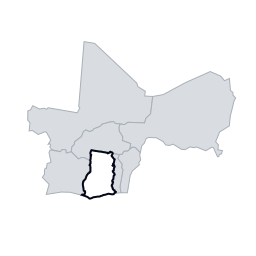 Ghana highlighted, orthographic projection, rotated 9°
{"feature_id": "GHA", "entity_name": "Ghana", "entity_type": "country or territory", "adm_level": 0, "iso_a3": "GHA", "parent_name": "Africa", "parent_adm1": "", "projection": "orthographic", "projection_center": [-1.079, 7.965], "detail": "fine", "context": "with_neighbors", "style": "outline", "palette": "ink", "viewbox_px": 256, "rotation_deg": 9, "n_neighbors": 6, "source": "natural_earth", "source_scale": "50m", "svg_char_len": 5351}
<svg xmlns="http://www.w3.org/2000/svg" viewBox="0 0 256 256"><g transform="rotate(9 128 128)"><path d="M30.8,146.4L30.4,138.2L27.7,135.9L26.4,126.7L28.9,125.4L30.4,120.9L37.7,123.1L41.9,121.6L44.7,122.2L45.9,120.5L75.5,120.9L77.3,115.6L76.0,114.6L71.1,49.6L81.8,49.6L129.6,82.2L131.4,85.7L139.3,89.0L139.5,93.8L147.5,93.0L148.1,110.5L144.2,115.6L143.6,120.4L127.0,122.4L124.2,125.1L114.7,125.5L112.8,124.0L108.7,125.1L101.8,128.3L100.3,130.7L94.5,134.1L93.5,136.1L90.3,137.6L86.7,136.5L84.6,138.4L83.4,143.7L77.4,150.0L77.5,152.6L75.4,155.8L75.9,160.3L70.9,162.4L69.8,159.1L66.3,159.7L64.9,162.0L56.0,161.3L53.8,159.0L54.2,156.8L53.3,155.8L51.7,156.6L53.6,152.1L48.2,145.0L46.7,144.7L40.3,148.4L33.9,145.4L30.8,146.4Z" fill="#d9dde1" stroke="#a8b0b8" stroke-width="1"/><path d="M137.5,192.1L131.2,193.0L129.3,187.7L129.5,170.0L128.0,168.4L127.7,164.6L122.7,159.7L123.6,155.6L126.2,154.7L127.7,151.4L131.4,150.6L135.5,146.0L138.2,146.0L144.0,150.3L143.8,152.9L145.5,157.5L144.1,160.6L144.9,162.6L139.0,169.8L137.6,174.7L137.5,192.1Z" fill="#d9dde1" stroke="#a8b0b8" stroke-width="1"/><path d="M220.4,63.2L223.3,74.8L226.1,76.6L226.5,79.0L229.6,81.5L228.5,84.8L227.2,100.2L227.7,110.1L219.1,117.6L216.7,127.8L219.9,130.6L220.2,135.5L224.8,135.5L224.3,139.1L222.3,139.7L222.2,142.1L220.9,142.3L215.5,134.1L213.7,133.9L208.3,138.3L198.5,136.0L196.5,137.1L192.1,137.0L187.9,140.4L184.2,140.7L175.0,136.9L171.6,138.8L167.8,138.8L164.9,135.9L157.4,133.2L149.4,134.2L147.5,135.9L146.5,140.4L144.4,143.5L144.0,150.3L138.2,146.0L135.5,146.0L133.0,148.3L133.1,143.0L124.4,141.3L124.2,137.6L119.9,132.6L118.9,129.1L119.5,125.4L124.2,125.1L127.0,122.4L143.6,120.4L144.2,115.6L148.1,110.5L147.5,93.0L157.6,89.5L177.5,74.3L200.4,59.4L211.6,62.3L215.9,66.2L220.4,63.2Z" fill="#d9dde1" stroke="#a8b0b8" stroke-width="1"/><path d="M123.6,155.6L122.7,159.7L127.7,164.6L128.0,168.4L129.5,170.0L129.3,187.7L131.2,193.0L125.0,194.7L121.3,187.1L120.6,183.3L122.3,176.3L120.4,173.5L119.6,161.8L116.4,157.9L117.0,155.5L123.6,155.6Z" fill="#d9dde1" stroke="#a8b0b8" stroke-width="1"/><path d="M54.5,161.9L64.9,162.0L66.3,159.7L69.8,159.1L70.9,162.4L75.9,160.3L83.9,166.2L86.6,164.3L90.2,164.1L95.3,166.1L97.3,177.0L94.1,183.5L92.0,192.2L95.3,198.9L95.0,201.9L81.2,200.5L72.1,201.7L57.7,206.4L58.9,196.0L51.1,190.1L52.8,186.7L52.1,182.9L52.5,180.7L53.7,180.7L53.7,175.8L57.3,173.9L53.8,164.5L54.5,161.9Z" fill="#d9dde1" stroke="#a8b0b8" stroke-width="1"/><path d="M75.9,160.3L75.4,155.8L77.5,152.6L77.4,150.0L83.4,143.7L84.6,138.4L86.7,136.5L90.3,137.6L93.5,136.1L94.5,134.1L100.3,130.7L101.8,128.3L108.7,125.1L112.8,124.0L114.7,125.5L119.5,125.4L118.9,129.1L119.9,132.6L124.2,137.6L124.4,141.3L133.1,143.0L133.0,148.3L131.4,150.6L127.7,151.4L126.2,154.7L123.6,155.6L113.5,154.9L111.0,156.1L94.5,155.9L95.3,166.1L90.2,164.1L86.6,164.3L83.9,166.2L75.9,160.3Z" fill="#d9dde1" stroke="#a8b0b8" stroke-width="1"/><path d="M116.3,154.7L116.8,155.2L116.9,155.5L116.7,156.5L116.4,157.2L116.1,157.8L116.2,158.1L116.4,158.5L117.1,159.0L117.5,159.3L117.9,159.8L118.5,160.3L119.3,161.0L119.7,161.1L119.6,161.5L119.5,163.9L119.4,164.5L119.4,164.8L119.3,165.7L119.2,165.9L118.9,165.9L118.9,166.1L119.4,166.4L119.3,166.5L118.9,166.6L118.8,166.9L118.8,167.2L118.6,167.5L118.8,167.7L119.0,167.7L119.7,167.3L119.9,167.2L120.3,167.3L120.8,168.0L120.9,168.3L120.6,169.3L120.4,170.1L120.4,171.2L120.6,171.8L120.6,172.2L120.3,172.5L119.7,172.9L119.7,173.2L120.0,173.7L120.6,174.3L121.6,175.0L122.1,176.0L122.1,176.4L121.8,176.8L121.4,177.1L121.3,177.6L121.5,180.8L120.7,182.2L120.7,182.6L120.8,183.1L121.0,183.4L121.4,183.4L121.7,183.7L121.6,184.7L121.5,185.7L121.4,186.2L121.3,186.4L121.0,186.6L120.9,186.9L121.0,187.3L120.9,187.6L121.1,188.0L121.5,188.4L122.1,189.6L122.3,189.7L122.4,189.9L122.3,190.2L122.6,190.7L123.2,191.2L123.9,191.6L124.5,191.7L124.6,192.1L125.0,192.6L125.2,192.8L125.6,192.9L126.0,193.0L126.0,193.4L125.4,193.7L125.0,194.2L124.6,194.9L124.2,195.6L122.7,196.0L122.1,196.0L118.9,196.0L115.9,197.5L114.2,198.0L113.2,198.8L111.8,199.4L110.8,200.1L108.8,200.5L105.4,201.6L104.3,202.0L103.3,202.8L101.5,203.7L100.9,203.7L99.5,202.8L98.5,202.4L96.0,201.8L94.1,201.5L93.3,201.2L93.0,201.2L93.2,200.9L93.7,200.8L94.3,200.9L94.7,200.7L95.3,200.7L95.5,200.4L95.5,199.8L95.5,199.3L95.7,199.1L95.8,198.5L95.5,197.2L95.3,197.1L94.2,196.9L94.1,196.6L93.9,196.4L93.7,195.7L93.5,194.7L93.1,193.5L92.4,191.5L92.2,190.7L92.1,190.0L92.1,189.1L92.2,188.8L92.2,188.4L92.1,187.9L92.6,186.9L93.6,185.6L93.9,185.2L94.0,184.9L94.1,184.4L94.3,182.9L94.7,181.2L95.1,180.5L95.3,180.1L95.5,179.5L95.6,179.3L96.5,178.6L96.9,178.4L97.0,178.1L96.9,177.8L96.9,177.6L97.2,177.5L97.5,177.4L97.7,177.1L97.4,174.9L97.1,172.8L97.0,172.6L96.9,172.3L96.7,171.4L96.4,170.8L95.9,170.7L95.9,170.2L96.4,169.3L96.5,168.8L96.3,168.7L96.3,168.3L96.4,167.7L96.3,167.3L96.3,166.9L95.8,165.9L95.7,165.3L95.9,164.9L95.9,164.0L95.7,162.7L95.7,161.8L95.8,161.5L95.8,161.1L95.4,160.8L95.4,160.5L95.7,160.2L95.3,159.8L95.0,159.4L94.7,158.7L94.8,157.7L95.3,155.8L95.4,155.6L96.0,155.6L97.8,155.7L99.9,155.7L102.4,155.7L104.7,155.6L104.8,155.6L105.2,155.5L107.5,155.7L108.9,155.6L109.5,155.6L110.0,155.7L111.0,155.7L111.5,155.7L111.9,156.2L112.1,156.2L112.3,156.0L112.7,155.8L113.1,155.6L113.4,155.2L113.5,154.9L113.8,155.0L114.2,154.9L114.4,154.7L114.5,154.3L116.3,154.7Z" fill="none" stroke="#020617" stroke-width="2"/></g></svg>